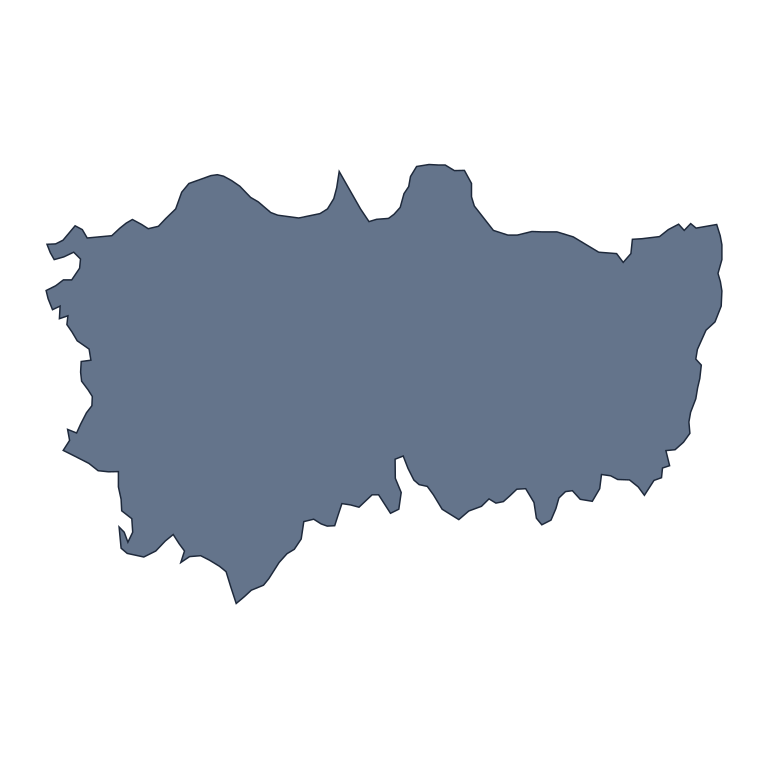 Simolândia, Goiás, Brazil
{"feature_id": "56859067B65187776336731", "entity_name": "Simolândia", "entity_type": "district", "adm_level": 2, "iso_a3": "BRA", "parent_name": "Brazil", "parent_adm1": "Goiás", "projection": "equal_earth", "projection_center": [-46.59, -14.44], "detail": "fine", "context": "isolated", "style": "filled", "palette": "slate", "viewbox_px": 768, "rotation_deg": 0, "n_neighbors": 0, "source": "geoboundaries", "source_scale": "gbopen_adm2", "svg_char_len": 2683}
<svg xmlns="http://www.w3.org/2000/svg" viewBox="0 0 768 768"><path d="M644.4,495.3L649.8,486.9L654.0,480.4L661.5,477.7L662.5,468.0L669.6,465.7L665.9,450.6L675.1,449.7L683.5,442.2L689.9,433.3L688.9,422.0L690.6,412.3L695.8,398.8L697.6,387.9L699.8,378.5L701.3,365.1L695.8,359.1L697.4,349.4L706.0,330.2L715.0,321.9L721.2,306.1L721.9,291.0L720.4,281.7L718.0,273.4L721.9,259.6L721.9,244.8L720.2,235.7L716.7,224.5L696.1,228.1L690.7,223.6L684.2,230.4L678.6,224.2L668.3,229.6L659.5,236.6L642.0,238.7L632.4,239.3L630.9,253.6L623.2,262.4L616.6,253.6L598.7,252.2L573.3,236.9L557.0,231.9L542.5,231.9L531.9,231.5L517.2,235.1L507.9,235.1L493.4,230.4L474.3,206.0L471.5,196.8L471.5,183.4L464.4,170.4L454.4,170.6L445.2,165.0L438.2,165.0L429.0,164.5L416.6,166.5L410.5,176.5L408.7,186.6L404.0,193.6L400.2,207.4L394.0,214.3L388.5,218.4L376.6,219.3L369.0,221.6L360.5,208.9L339.2,171.5L336.7,187.7L333.8,198.6L327.5,208.9L320.0,213.6L298.7,218.0L277.8,215.2L270.7,212.5L258.3,201.9L250.6,197.4L239.8,186.2L231.8,180.7L223.6,176.2L217.4,174.7L210.9,175.6L188.9,183.5L181.7,192.2L175.7,208.9L165.7,218.6L158.4,226.3L148.2,228.7L141.7,224.5L132.4,219.5L126.2,223.1L119.7,228.3L111.8,235.7L104.2,236.4L87.2,238.0L82.3,229.6L75.1,225.8L63.0,240.2L55.6,243.9L47.0,244.3L50.3,252.7L54.2,259.6L63.8,256.9L73.7,252.2L80.5,259.0L79.6,268.2L71.7,279.9L63.4,279.9L55.6,285.8L46.1,290.5L48.1,298.7L52.5,309.7L60.1,306.1L59.4,318.7L67.9,315.8L66.9,324.6L72.0,332.0L77.2,340.8L89.1,349.1L90.9,360.2L81.2,361.5L80.6,372.1L81.6,381.2L88.2,390.0L92.3,396.5L91.9,405.7L86.5,412.7L80.6,424.2L76.6,433.0L67.6,429.4L69.6,440.4L63.2,450.4L74.4,456.0L88.9,463.4L98.1,470.7L108.4,471.8L118.4,471.6L118.4,486.9L121.1,499.3L121.7,510.8L131.8,518.7L132.7,532.2L127.9,542.2L124.2,532.2L119.1,527.0L121.1,548.2L127.2,553.4L143.8,557.0L155.8,551.0L165.3,541.0L173.2,534.5L179.1,543.7L184.5,551.0L180.8,562.5L189.6,556.6L200.7,555.7L209.5,560.2L219.5,566.3L226.1,571.7L230.8,587.0L236.2,603.5L244.3,596.7L251.3,590.2L263.5,585.2L268.8,578.7L279.1,562.5L287.0,553.7L294.3,549.3L301.2,539.0L303.8,521.6L313.7,519.2L321.1,523.9L327.2,526.1L334.7,525.7L337.8,516.0L341.9,503.6L350.5,504.9L359.0,507.2L372.1,494.8L378.6,494.8L390.5,513.3L398.8,509.2L401.2,492.5L395.3,478.3L395.1,459.2L403.2,456.0L408.0,468.4L413.9,480.1L419.1,484.6L427.3,486.4L433.4,494.8L442.1,509.2L458.8,519.6L468.8,511.0L481.5,506.3L489.0,498.9L495.9,503.1L503.4,501.6L510.0,495.7L516.8,489.2L525.7,488.7L534.0,502.5L536.4,518.2L541.8,524.8L551.0,520.1L555.9,508.6L558.9,498.0L565.5,491.6L572.4,490.7L580.2,499.3L592.3,501.3L599.7,488.7L601.5,474.5L610.7,475.8L617.7,479.5L629.5,479.9L638.2,486.9L644.4,495.3Z" fill="#64748b" stroke="#1e293b" stroke-width="1.5"/></svg>